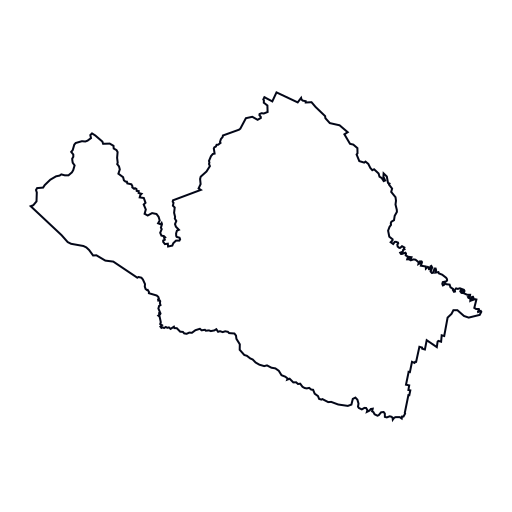 outline of Monteros, Tucumán, Argentina
{"feature_id": "61730980B2158029988508", "entity_name": "Monteros", "entity_type": "district", "adm_level": 2, "iso_a3": "ARG", "parent_name": "Argentina", "parent_adm1": "Tucumán", "projection": "robinson", "projection_center": [-65.608, -27.112], "detail": "fine", "context": "isolated", "style": "outline", "palette": "ink", "viewbox_px": 512, "rotation_deg": 0, "n_neighbors": 0, "source": "geoboundaries", "source_scale": "gbopen_adm2", "svg_char_len": 6080}
<svg xmlns="http://www.w3.org/2000/svg" viewBox="0 0 512 512"><path d="M30.7,206.2L61.5,235.1L67.7,242.1L71.1,243.8L83.4,246.0L86.3,247.4L89.1,250.0L93.1,255.5L96.4,255.3L105.3,260.6L113.3,261.6L137.3,277.7L138.5,277.0L141.4,277.7L142.9,279.5L145.0,284.1L144.8,286.6L145.6,289.0L147.0,290.1L147.7,289.9L148.9,291.8L148.9,293.2L156.7,295.5L158.3,296.9L158.9,298.7L158.1,299.4L158.3,300.6L159.8,300.5L160.2,301.2L159.9,303.2L160.5,305.1L159.1,305.9L158.4,308.5L160.5,313.5L160.1,314.3L159.2,313.8L159.3,314.8L158.3,315.6L159.6,316.6L160.8,322.2L160.2,324.0L162.0,325.2L160.4,326.6L161.4,327.9L162.6,327.4L164.1,328.0L165.8,327.0L167.3,327.8L168.9,327.4L170.6,328.9L173.9,326.7L174.4,328.1L176.8,328.2L180.2,331.7L182.9,331.9L184.2,333.4L186.6,333.8L189.3,332.6L191.9,332.8L195.4,330.2L199.9,328.8L201.6,330.3L204.9,329.8L205.8,330.7L209.0,330.4L210.8,331.1L214.4,330.4L216.3,329.2L218.1,331.8L220.0,331.2L222.7,332.1L225.2,331.3L227.9,331.8L229.1,333.1L234.4,333.5L236.0,335.6L236.4,338.8L239.8,344.3L239.7,349.8L244.3,355.0L246.9,355.8L250.2,358.4L252.7,359.5L255.6,362.5L259.4,364.7L264.2,366.1L267.0,365.4L271.4,367.7L275.4,368.4L278.8,370.8L281.5,375.2L285.3,376.7L287.7,378.6L287.3,379.6L289.6,378.7L293.3,382.4L296.1,382.3L298.0,384.0L300.2,383.7L302.5,386.8L304.6,388.0L306.7,388.4L309.2,387.9L311.2,389.6L313.1,389.8L314.7,393.7L318.0,396.1L319.1,398.9L321.4,399.6L322.4,399.1L328.2,402.1L331.2,401.9L338.2,404.5L347.8,405.9L351.4,404.6L352.8,398.9L355.4,397.6L357.4,399.7L358.5,403.6L358.0,406.7L358.9,408.0L361.8,409.4L364.4,407.9L366.1,408.0L367.4,410.1L366.9,411.9L369.5,410.6L370.8,409.0L372.7,408.7L372.1,411.3L373.4,412.1L374.6,414.3L377.5,415.7L378.8,415.1L381.1,412.3L383.6,412.0L384.8,413.5L384.9,416.9L386.8,417.4L389.7,416.3L391.6,416.8L392.6,417.9L392.8,419.6L394.2,417.7L395.7,417.1L399.7,417.1L401.7,418.5L402.0,416.5L403.5,416.5L405.1,413.6L404.8,412.8L408.4,395.1L409.3,395.2L410.3,390.4L408.4,390.0L409.2,385.4L406.0,384.7L408.5,372.6L408.6,371.8L409.9,372.1L412.0,361.8L414.5,362.9L415.1,361.9L416.1,361.9L419.4,346.8L422.1,347.6L422.2,348.7L424.9,349.5L426.7,340.2L436.8,347.1L437.6,341.7L438.4,340.9L441.1,341.7L441.7,335.3L444.2,336.0L447.6,317.6L451.5,313.9L453.4,310.2L457.4,310.2L464.0,316.0L468.7,317.6L479.7,314.9L481.3,311.8L480.8,311.0L478.1,312.0L478.0,311.4L479.2,310.0L478.8,309.0L476.1,309.0L474.3,307.9L476.4,299.5L475.1,299.2L472.7,300.0L473.7,298.6L473.0,296.8L472.1,296.9L471.4,298.2L471.6,300.0L470.3,300.8L470.4,298.4L468.5,297.9L468.0,297.0L469.9,296.4L470.1,294.8L467.2,294.8L463.5,293.1L461.5,292.9L460.3,291.3L460.9,290.2L461.6,291.1L462.9,290.7L464.0,292.0L464.5,291.0L463.9,289.8L459.9,288.3L457.7,288.9L456.1,288.4L454.7,290.1L455.0,291.5L454.0,291.8L452.9,290.0L453.0,288.9L450.5,287.3L449.6,284.6L446.1,284.2L444.9,283.1L443.9,285.0L442.9,285.4L442.3,283.9L442.8,282.1L446.4,281.3L447.1,280.3L447.0,279.2L446.2,277.8L442.2,274.7L438.9,273.4L438.4,272.1L435.4,272.6L436.1,270.2L435.6,268.5L434.6,268.5L433.0,272.8L431.9,273.0L430.6,271.5L432.2,267.5L431.3,265.9L430.6,266.3L429.7,269.3L429.0,269.2L428.7,267.4L427.8,266.9L425.9,268.6L425.8,266.5L420.9,265.7L422.0,262.1L421.5,261.4L420.0,261.4L419.6,263.5L418.4,264.1L418.7,262.8L418.0,261.7L415.5,259.7L413.7,259.4L410.7,260.3L409.1,259.3L407.2,259.3L407.5,258.3L411.0,258.7L411.5,257.2L408.3,256.8L405.7,255.4L406.0,253.5L405.4,252.7L401.8,254.0L400.9,253.9L400.2,252.7L402.7,251.7L403.2,249.8L404.5,249.3L403.8,247.8L404.2,247.4L402.0,246.2L400.3,247.8L399.3,247.9L397.7,246.6L397.3,244.7L398.2,243.4L398.0,242.6L395.9,241.8L394.7,241.9L393.2,244.0L390.7,242.2L392.5,240.4L392.6,239.3L389.3,236.7L388.1,230.7L389.5,226.9L391.0,224.9L390.8,223.2L391.4,221.7L394.0,220.2L394.7,215.8L396.9,211.9L396.8,209.8L395.5,204.5L396.0,200.7L395.5,197.2L391.2,191.9L392.1,188.6L389.0,184.6L389.5,183.6L388.0,182.9L386.8,176.5L383.6,173.4L383.4,176.6L385.1,180.5L383.7,181.1L381.7,178.0L379.5,176.7L378.6,173.5L374.1,169.3L372.3,170.2L370.3,167.9L368.3,163.9L365.5,161.6L364.2,162.6L359.3,161.1L356.6,154.5L357.5,153.3L357.4,148.1L353.3,144.6L350.0,143.8L344.4,134.3L347.7,132.2L339.6,125.3L329.8,123.1L325.4,118.2L325.1,116.1L315.6,107.0L311.5,102.2L305.7,102.5L305.7,101.2L302.7,100.6L301.5,99.5L301.1,97.9L297.7,102.4L276.5,92.4L272.3,101.4L264.4,97.2L263.3,99.5L263.9,100.4L263.8,102.7L267.4,105.5L267.6,112.0L263.8,113.5L261.6,113.2L259.6,114.0L259.4,115.1L260.8,116.9L260.8,118.0L257.6,119.8L252.3,116.8L245.9,118.2L240.3,128.7L239.0,129.7L222.9,135.5L222.7,136.9L220.9,139.1L220.0,142.0L220.5,142.9L218.2,144.7L216.6,144.8L215.9,146.5L214.4,147.3L213.8,148.4L214.6,153.6L212.8,154.0L211.0,156.1L209.0,160.9L209.4,162.6L209.0,164.0L209.9,166.1L206.5,171.5L200.7,176.7L200.1,179.0L200.6,184.1L198.6,188.4L200.8,189.9L173.0,200.3L172.7,201.7L173.5,202.8L172.9,205.7L174.7,207.5L174.1,212.8L175.1,216.9L174.8,218.5L176.3,221.0L175.0,224.1L175.9,226.7L178.9,229.8L176.9,230.7L176.1,233.4L176.2,235.9L176.7,236.9L179.5,237.7L180.1,239.3L179.4,240.6L176.0,240.6L173.3,243.2L172.3,245.6L168.1,246.5L167.8,243.7L164.9,244.1L163.2,241.9L163.2,240.5L164.8,239.7L164.1,237.8L165.1,237.3L163.9,236.1L161.4,235.6L160.2,232.8L161.7,229.1L160.9,227.7L162.0,224.1L161.6,223.0L160.7,224.3L158.1,223.3L159.7,220.5L158.6,216.8L156.5,214.0L152.1,213.1L147.7,215.5L144.6,213.8L145.8,209.5L143.7,204.5L145.5,202.8L143.8,198.0L139.7,197.4L140.3,195.1L141.5,193.8L138.6,193.0L138.7,191.1L136.7,190.9L136.4,188.9L135.0,188.2L134.1,188.8L132.3,187.4L132.4,186.2L131.4,184.3L127.3,183.4L126.9,181.7L125.5,181.6L123.9,180.3L123.1,177.2L118.4,173.7L119.8,169.4L119.0,166.4L117.2,164.1L117.7,162.7L117.1,157.8L117.6,152.1L116.5,150.1L113.7,148.5L113.5,145.8L109.7,143.6L103.1,143.8L102.4,141.6L95.3,135.5L92.0,133.4L90.3,135.1L91.0,138.1L87.5,140.7L85.3,141.5L81.9,141.2L75.7,143.0L74.3,144.6L72.7,150.1L71.2,151.9L73.3,154.5L73.3,156.8L72.2,158.7L72.3,160.1L72.7,162.7L74.6,165.4L73.2,170.2L71.9,172.4L68.5,175.3L64.7,175.3L61.3,174.4L59.6,175.6L56.1,176.3L50.3,179.7L44.7,185.1L43.1,187.6L37.1,188.1L36.0,190.0L36.8,192.5L36.5,201.4L33.3,205.2L30.7,206.2Z" fill="none" stroke="#020617" stroke-width="2"/></svg>